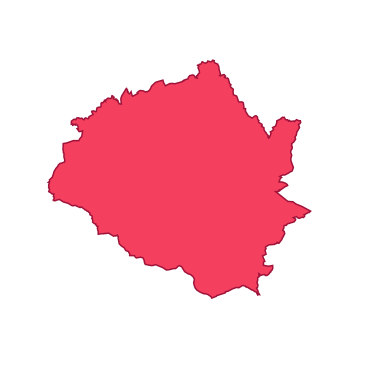 the district of Acatic, Jalisco, Mexico, rotated 244°
{"feature_id": "50627088B27776159649356", "entity_name": "Acatic", "entity_type": "district", "adm_level": 2, "iso_a3": "MEX", "parent_name": "Mexico", "parent_adm1": "Jalisco", "projection": "natural_earth1", "projection_center": [-102.897, 20.769], "detail": "fine", "context": "isolated", "style": "filled", "palette": "rose", "viewbox_px": 384, "rotation_deg": 244, "n_neighbors": 0, "source": "geoboundaries", "source_scale": "gbopen_adm2", "svg_char_len": 6042}
<svg xmlns="http://www.w3.org/2000/svg" viewBox="0 0 384 384"><g transform="rotate(244 192 192)"><path d="M208.6,320.6L209.4,319.1L211.2,317.7L210.4,314.9L211.2,314.7L212.2,311.5L213.6,311.0L213.4,309.8L215.0,309.6L216.0,307.7L218.7,307.7L219.0,306.7L219.5,306.1L219.2,304.4L218.8,304.4L218.8,299.4L217.5,298.8L214.6,296.1L214.6,292.7L212.4,292.7L211.7,290.2L211.7,288.7L209.8,288.6L207.3,285.7L206.9,284.6L208.3,284.3L209.0,285.3L211.8,284.5L213.0,284.6L214.2,284.0L217.0,284.1L217.7,284.7L218.5,284.8L220.3,283.3L220.8,283.6L220.8,284.0L222.1,284.6L225.2,282.6L226.0,282.5L226.9,283.5L228.4,282.9L230.8,283.7L232.3,283.1L232.8,282.1L232.1,278.5L235.8,276.0L241.3,275.5L243.4,276.7L243.8,276.3L244.0,275.3L244.4,275.1L245.8,276.0L249.7,277.2L251.0,276.5L252.1,274.1L252.7,273.5L258.6,274.2L261.2,271.9L264.3,272.9L266.3,274.2L269.3,272.7L271.0,273.2L271.2,274.0L273.1,273.3L277.8,274.3L278.8,273.9L279.2,272.7L280.9,271.5L281.4,271.8L281.5,272.9L283.3,272.4L283.8,271.4L283.8,268.8L284.5,267.9L285.1,269.2L289.8,270.0L293.3,271.1L295.8,271.1L297.9,269.2L299.4,268.9L300.3,269.6L301.4,268.3L300.7,266.9L300.8,265.9L302.8,263.6L302.1,262.9L301.8,260.9L302.8,259.5L304.5,258.4L304.5,258.0L303.1,256.1L303.5,254.5L303.1,253.3L303.9,252.1L302.0,253.2L301.0,251.9L298.0,251.7L295.9,251.0L295.0,248.7L294.1,248.1L294.4,247.0L293.2,246.3L292.3,246.4L293.2,245.3L296.1,244.8L296.9,244.0L297.6,241.0L296.7,239.1L295.4,237.8L296.0,234.9L295.6,233.8L296.0,233.6L295.5,232.3L295.8,232.1L295.5,231.2L296.8,224.1L298.4,221.6L299.2,219.5L299.1,214.7L302.5,214.4L305.3,214.9L306.5,208.1L306.4,206.8L304.8,201.8L304.2,201.5L302.2,198.6L301.6,195.8L302.1,195.5L302.2,194.1L304.1,192.7L305.9,190.0L306.0,188.7L305.3,186.2L304.2,186.5L304.1,180.6L305.5,180.5L308.8,181.2L308.0,180.1L307.7,178.8L309.9,178.0L310.3,178.5L310.9,178.0L312.0,178.8L313.0,178.4L313.8,178.6L313.9,178.4L309.0,170.8L307.0,168.9L302.0,167.0L303.4,165.0L304.3,165.2L306.1,165.1L306.2,165.5L307.6,165.1L307.5,164.2L309.0,164.5L309.1,163.2L310.1,162.4L310.7,162.3L311.3,163.5L312.2,162.7L313.2,162.8L313.6,162.3L311.8,160.7L311.8,159.5L313.2,157.6L313.0,156.5L312.2,154.9L312.8,154.4L312.8,153.5L311.8,153.6L312.2,153.3L311.3,150.9L311.9,150.3L311.9,149.7L311.4,149.0L308.7,147.7L308.5,147.1L309.2,144.9L309.2,143.4L306.3,141.2L306.8,140.2L308.0,139.2L308.5,137.4L308.1,137.0L305.0,137.1L304.9,132.9L304.7,132.2L303.9,131.8L303.4,130.7L305.2,128.9L305.2,127.9L304.3,127.0L304.4,126.3L306.6,125.4L307.1,123.7L308.4,122.6L308.9,121.6L309.0,120.7L307.9,119.4L309.1,118.0L308.9,116.3L308.5,114.6L305.7,113.2L305.4,114.6L304.3,114.1L304.2,116.5L303.6,116.3L303.2,116.6L303.4,117.7L301.2,118.4L298.7,117.4L299.2,116.5L295.9,117.0L295.5,117.4L294.8,120.4L290.3,117.3L289.3,114.9L287.8,112.8L290.2,107.8L291.0,100.8L292.0,97.5L286.6,94.6L285.2,94.3L283.7,93.6L282.9,93.9L279.7,92.3L276.3,91.6L274.9,90.6L275.1,87.4L275.6,86.0L274.8,83.6L274.0,82.8L272.9,80.1L270.7,76.8L268.7,75.1L266.5,72.8L265.4,69.2L264.0,68.8L263.7,67.1L262.8,67.9L261.0,66.1L259.9,65.9L258.8,65.0L257.1,65.3L255.2,63.4L254.4,63.8L254.1,64.4L251.5,65.4L250.7,67.0L248.5,65.3L247.7,65.8L246.7,65.4L245.6,63.7L244.6,64.2L244.1,65.4L244.0,67.2L243.4,69.6L239.6,71.9L236.0,75.8L232.7,77.9L231.7,79.0L231.4,80.9L227.1,84.6L227.0,86.2L224.8,87.1L223.7,87.9L222.7,88.1L222.1,88.8L220.7,89.4L220.2,90.2L219.5,90.1L218.1,91.0L216.4,90.3L214.3,91.6L213.1,91.3L212.1,90.3L210.8,90.6L208.4,89.5L206.3,90.4L205.4,91.5L204.9,91.2L203.1,91.4L202.4,92.3L200.8,91.0L197.5,90.3L195.1,89.2L194.5,91.6L193.1,94.6L193.3,94.9L192.4,96.5L191.6,99.0L186.6,102.2L186.5,103.7L185.8,104.3L186.1,105.9L184.9,105.9L184.5,106.3L182.6,105.3L177.3,103.9L174.2,105.0L171.6,106.6L168.4,106.8L166.5,108.7L163.6,108.8L162.2,108.1L160.0,112.3L157.9,112.6L157.1,113.2L156.1,116.8L154.5,119.0L152.0,119.1L149.1,118.3L147.4,118.3L143.6,123.3L143.0,124.9L142.7,127.2L142.0,128.0L137.0,132.5L133.1,134.8L132.0,138.0L131.4,141.5L130.5,143.3L130.5,144.6L131.4,147.0L131.2,148.5L129.4,149.9L123.6,150.5L120.1,152.7L118.3,154.6L114.9,156.0L112.2,155.8L109.9,153.8L107.8,153.2L104.1,152.8L101.5,153.5L98.4,155.4L95.1,158.3L94.8,159.4L92.8,161.4L89.6,163.2L88.0,163.2L87.6,168.1L88.0,168.9L86.8,177.4L86.8,177.9L87.7,178.4L87.0,180.9L87.2,186.1L86.7,190.1L85.4,192.1L85.8,196.6L83.9,198.8L83.1,198.8L82.0,200.1L77.7,202.8L77.4,203.5L74.9,204.8L73.9,205.9L70.7,205.9L70.8,206.5L70.1,207.7L71.9,207.6L72.1,207.3L74.5,208.0L77.3,207.9L77.5,209.0L79.7,210.6L81.8,210.6L84.1,212.5L85.7,213.2L86.3,213.7L86.5,215.4L87.1,215.4L87.1,215.8L89.4,216.3L88.8,216.8L87.1,216.5L86.4,220.1L85.9,221.1L84.8,221.3L84.1,222.9L84.5,224.9L85.2,226.3L85.6,226.5L85.6,227.7L86.0,227.9L86.9,230.0L88.0,231.1L90.6,232.3L91.8,228.0L94.9,224.1L97.8,225.6L97.7,227.0L103.6,227.4L103.6,231.3L107.7,232.1L108.6,233.7L109.3,233.5L110.3,233.9L110.8,237.8L108.7,243.3L109.0,243.9L108.6,245.6L109.3,246.2L109.2,246.8L108.3,247.0L107.8,247.6L109.9,251.9L111.2,253.1L111.4,253.8L114.0,257.1L116.3,257.6L117.5,256.8L117.9,256.9L119.4,258.8L121.3,259.8L121.2,261.4L120.9,261.5L120.7,262.0L121.5,264.0L120.4,270.8L121.4,272.7L122.2,273.3L124.5,271.9L124.1,275.1L122.1,276.0L121.3,276.8L121.1,279.7L120.2,281.1L120.9,282.7L121.7,283.0L122.4,282.7L122.4,286.1L122.7,287.5L122.2,288.1L122.8,290.2L131.2,284.2L135.6,280.2L139.0,278.4L141.6,274.0L155.6,267.4L155.1,268.4L155.2,269.0L154.6,269.7L154.8,270.2L154.6,270.6L154.7,271.5L155.6,271.5L155.1,272.7L155.9,277.5L155.9,280.8L157.0,280.9L159.0,279.8L161.3,277.6L162.9,274.7L165.5,277.4L165.8,278.9L167.5,277.7L167.6,280.8L166.6,283.0L166.7,287.0L167.1,289.7L166.8,290.6L167.3,291.6L169.7,293.9L176.1,294.5L178.5,295.3L181.4,297.8L183.7,297.9L185.5,298.7L186.9,300.4L187.0,301.0L189.0,302.0L190.0,301.6L190.6,302.4L191.9,302.9L192.2,305.1L193.1,306.8L193.5,306.8L193.7,307.7L194.1,308.3L195.3,308.5L195.5,307.8L195.6,308.6L196.5,309.0L197.3,310.6L200.2,312.7L200.7,313.9L202.2,315.8L202.4,316.5L202.8,316.9L203.6,316.8L204.0,317.2L205.8,317.1L206.2,317.4L206.0,318.5L206.2,319.1L206.9,320.2L208.6,320.6Z" fill="#f43f5e" stroke="#9f1239" stroke-width="1.5"/></g></svg>